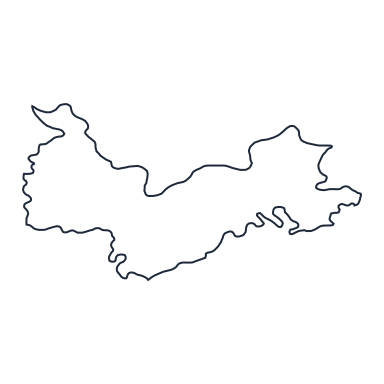 the district of Beshankovichy, Vitebsk, Belarus
{"feature_id": "67162791B20127655381780", "entity_name": "Beshankovichy", "entity_type": "district", "adm_level": 2, "iso_a3": "BLR", "parent_name": "Belarus", "parent_adm1": "Vitebsk", "projection": "robinson", "projection_center": [29.528, 55.058], "detail": "fine", "context": "isolated", "style": "outline", "palette": "slate", "viewbox_px": 384, "rotation_deg": 0, "n_neighbors": 0, "source": "geoboundaries", "source_scale": "gbopen_adm2", "svg_char_len": 5960}
<svg xmlns="http://www.w3.org/2000/svg" viewBox="0 0 384 384"><path d="M283.5,131.2L279.6,134.4L277.3,135.8L273.4,137.6L270.3,138.5L268.4,139.2L264.0,140.0L261.8,140.1L254.6,142.6L251.5,145.5L250.1,147.1L248.9,150.5L249.2,152.4L250.1,155.6L250.3,158.7L250.9,161.1L251.9,163.0L250.9,165.7L249.4,167.9L246.7,169.4L245.3,169.9L240.3,169.9L232.6,168.0L228.7,166.6L225.4,165.7L222.5,165.5L208.9,165.5L205.6,165.8L203.5,166.4L199.5,168.7L198.0,169.2L196.2,170.0L194.6,170.9L192.8,172.3L191.8,174.3L190.4,176.6L187.9,178.8L185.6,180.8L183.1,182.0L177.7,183.1L172.9,184.9L170.4,186.1L168.0,187.5L165.5,189.6L161.5,193.7L157.4,195.2L153.5,195.9L149.3,196.0L147.4,195.7L146.0,194.7L145.1,192.7L144.4,190.9L144.7,187.7L144.7,185.5L146.3,183.1L146.8,180.0L147.3,177.7L147.6,175.2L147.6,173.1L146.9,170.8L143.7,168.3L141.9,167.2L137.9,165.9L129.1,166.6L126.5,167.3L120.8,168.3L119.1,168.8L116.3,168.6L114.0,167.8L112.7,167.0L111.8,165.9L111.0,161.8L105.7,159.4L104.1,158.2L100.4,155.7L98.5,153.2L96.5,151.3L95.5,147.2L95.5,145.4L95.4,143.6L94.6,141.8L92.4,139.9L88.7,137.0L86.3,134.6L85.1,133.0L85.4,131.3L86.3,130.1L87.8,128.6L88.2,126.9L87.8,124.6L86.7,122.8L85.1,120.8L82.8,119.5L80.4,118.4L77.3,117.2L75.0,115.8L72.9,113.8L71.7,111.4L71.1,109.0L70.8,107.1L69.7,105.6L67.0,104.2L65.3,104.1L63.0,104.4L60.2,105.1L58.6,106.5L55.9,109.7L53.4,111.0L50.5,112.2L46.1,112.3L43.1,111.5L40.0,110.5L36.7,109.0L34.7,107.4L32.3,106.2L32.2,107.1L32.6,108.3L33.5,111.3L34.4,112.6L35.5,114.6L40.7,120.3L44.7,124.1L47.3,125.9L50.6,127.1L52.4,128.1L59.8,129.6L62.1,130.7L63.5,132.4L64.3,133.9L63.2,135.4L61.7,136.3L57.7,136.8L55.4,137.4L53.0,138.7L51.8,139.9L48.7,142.0L46.7,143.5L45.4,144.0L42.1,144.4L40.5,144.4L39.5,145.2L39.2,146.3L38.7,148.4L38.7,151.6L38.3,152.7L36.9,154.4L35.8,154.7L31.1,155.5L29.5,156.6L28.8,157.4L28.5,158.8L30.0,160.8L31.3,161.9L33.8,163.0L34.0,164.0L32.5,164.7L31.9,165.3L31.4,166.8L31.7,168.2L33.4,170.2L33.6,171.3L32.9,173.0L31.2,173.5L29.0,173.9L26.2,173.9L24.0,173.8L23.8,174.4L23.6,175.9L23.5,178.1L23.6,178.9L24.6,180.2L25.9,180.9L26.7,182.3L26.7,182.9L26.1,184.5L23.9,186.2L23.0,189.6L23.4,191.0L23.9,192.3L25.1,193.7L26.5,194.8L28.0,195.4L29.6,196.6L30.8,198.1L31.1,199.2L30.8,200.6L29.5,201.6L26.6,202.9L24.9,203.9L24.3,204.8L24.1,206.3L24.4,207.5L26.9,210.2L27.7,211.7L28.1,213.0L28.1,214.0L27.1,216.8L26.6,217.8L26.5,218.6L26.5,220.3L26.4,221.9L26.5,224.6L29.3,225.1L31.2,226.1L34.0,228.5L36.7,229.5L39.7,229.9L43.6,229.9L45.9,229.5L48.3,228.5L54.1,226.8L56.9,226.2L59.4,226.6L60.8,227.7L61.6,229.4L62.4,230.9L63.4,232.2L65.4,232.4L67.3,232.1L69.3,231.2L71.8,230.4L73.6,230.6L77.6,232.7L82.2,232.7L85.4,231.9L90.0,230.4L92.7,229.8L95.7,228.3L97.7,228.1L99.5,228.3L102.2,229.9L103.8,230.2L107.3,230.3L109.3,230.8L110.4,231.6L111.4,232.7L112.2,236.0L113.9,237.8L114.3,239.0L114.3,240.0L113.5,240.6L112.0,242.4L111.2,243.9L111.1,245.4L111.5,246.6L112.2,247.8L113.3,249.5L112.9,250.9L111.1,253.0L109.2,256.4L108.9,258.2L109.5,260.8L111.8,261.7L113.9,261.7L115.3,260.9L115.6,260.2L115.7,258.7L116.4,256.6L117.7,255.2L120.3,254.5L122.1,254.5L124.7,255.0L125.6,256.5L125.7,258.5L125.0,260.0L123.4,261.7L120.6,262.9L119.7,263.5L118.5,265.0L117.2,266.9L116.8,268.9L116.9,270.7L118.0,272.6L119.1,273.7L121.4,276.8L122.9,277.8L124.8,278.4L126.3,278.2L127.0,277.0L127.4,275.5L128.0,274.2L129.1,273.0L130.4,272.5L132.5,272.5L134.2,273.0L137.1,274.5L138.2,274.9L140.0,275.2L141.6,275.7L143.7,276.5L145.0,277.2L147.3,278.7L148.2,279.9L151.1,277.6L154.3,275.6L157.0,274.4L163.1,271.8L171.5,269.7L174.1,268.4L176.0,267.1L178.0,264.5L179.4,263.4L182.2,262.6L184.6,262.5L187.0,262.6L192.2,262.5L197.9,260.4L205.3,257.8L205.9,255.3L205.8,253.7L207.3,252.7L209.9,252.3L212.8,251.3L214.5,250.1L216.0,248.6L218.2,246.4L221.1,241.9L221.6,240.3L222.7,238.0L222.9,237.0L223.6,235.0L224.7,233.5L227.6,232.1L230.0,231.4L231.8,231.7L233.1,232.7L234.2,234.4L235.0,235.9L236.7,236.5L239.2,236.5L243.1,235.2L244.1,234.2L245.6,231.9L245.9,230.1L246.2,227.3L247.3,224.7L248.9,223.5L250.4,223.2L252.3,223.1L254.6,224.2L255.4,225.4L256.7,226.4L258.3,226.5L260.7,226.2L262.1,225.5L263.5,224.4L263.8,223.4L259.7,218.4L257.8,216.6L256.9,215.2L257.2,213.8L259.1,213.1L260.3,213.2L263.3,216.2L264.8,217.5L267.3,218.8L268.9,219.6L271.5,221.0L274.4,223.2L277.5,226.0L279.2,227.0L280.9,227.0L282.1,225.5L282.8,223.4L282.1,221.6L279.2,218.7L276.6,216.7L274.3,215.2L273.2,214.0L273.0,212.6L273.2,210.9L273.8,209.0L275.2,207.5L278.2,207.0L281.0,207.0L283.9,208.0L284.4,208.8L285.0,212.2L287.3,214.5L288.9,216.5L290.7,219.4L293.0,221.1L295.7,222.0L297.1,222.9L298.3,224.3L298.2,226.7L296.7,227.8L294.4,228.6L293.0,229.3L291.5,229.3L290.2,229.8L289.5,231.4L289.5,232.7L290.1,233.9L291.8,234.2L292.8,233.9L296.5,232.0L299.1,230.9L304.4,230.2L306.1,230.9L308.3,231.1L311.3,230.9L313.9,229.9L315.9,229.0L317.9,227.7L320.5,226.2L323.0,225.6L331.0,225.4L332.8,225.0L333.6,223.7L331.1,221.5L329.8,220.0L329.6,218.5L330.0,217.0L331.1,213.5L334.7,212.8L336.8,212.8L338.7,212.3L339.7,209.7L338.5,207.6L338.5,205.8L340.7,204.2L342.4,204.0L346.6,205.5L348.7,205.4L351.3,203.5L353.1,203.5L354.2,204.3L354.5,205.4L355.7,205.1L356.9,204.7L357.5,204.3L358.3,203.4L359.1,201.9L360.0,199.3L360.1,198.4L361.0,195.1L360.7,193.7L358.7,193.1L357.6,193.0L356.2,191.8L354.1,190.8L352.5,190.0L351.0,188.9L348.6,186.9L346.6,186.3L344.7,186.4L343.0,187.0L340.5,188.7L338.0,189.3L333.7,189.1L329.8,189.1L324.9,190.1L322.7,190.1L319.8,189.7L317.4,188.8L316.3,188.0L316.1,186.7L316.9,184.6L318.8,183.3L324.6,181.7L325.7,180.9L326.8,177.8L326.4,176.4L324.9,175.4L322.9,174.5L321.3,173.1L320.1,171.8L318.7,168.3L318.4,165.8L318.5,164.4L319.4,162.1L322.2,156.1L323.4,154.2L325.0,152.7L327.4,149.6L329.0,148.4L331.5,147.5L331.9,146.3L330.6,145.6L323.9,145.5L319.1,145.5L316.8,145.2L308.8,143.5L306.6,142.9L303.7,141.7L301.6,140.4L300.6,139.0L299.2,135.3L298.9,131.5L298.3,130.2L296.7,128.4L294.3,126.3L292.9,126.0L291.7,126.0L290.0,126.2L287.9,127.4L286.2,128.6L283.5,131.2Z" fill="none" stroke="#1e293b" stroke-width="2"/></svg>